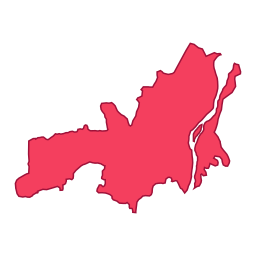 outline of Markz Maghagha, Al Minya, Egypt
{"feature_id": "37247803B21152276423955", "entity_name": "Markz Maghagha", "entity_type": "district", "adm_level": 2, "iso_a3": "EGY", "parent_name": "Egypt", "parent_adm1": "Al Minya", "projection": "orthographic", "projection_center": [30.801, 28.641], "detail": "fine", "context": "isolated", "style": "filled", "palette": "rose", "viewbox_px": 256, "rotation_deg": 0, "n_neighbors": 0, "source": "geoboundaries", "source_scale": "gbopen_adm2", "svg_char_len": 5893}
<svg xmlns="http://www.w3.org/2000/svg" viewBox="0 0 256 256"><path d="M190.3,43.4L186.1,50.4L174.2,72.4L172.4,73.6L171.1,73.8L169.5,74.2L168.2,74.4L165.7,73.8L164.6,73.5L163.3,73.1L162.2,71.8L160.4,70.6L158.1,71.6L157.1,71.9L157.1,75.0L157.6,77.5L156.0,81.5L154.3,84.1L152.7,87.1L151.0,87.1L150.3,87.1L149.1,87.0L148.4,86.9L143.3,86.9L142.3,88.2L141.1,89.6L142.5,90.8L141.9,96.0L139.2,97.4L137.8,97.9L136.7,99.6L137.7,100.5L139.3,102.8L139.0,104.7L138.6,107.3L136.6,111.7L135.8,116.0L132.9,120.8L132.1,123.8L131.7,125.1L130.9,125.6L130.5,126.0L129.2,125.2L128.2,122.6L128.0,121.8L127.2,118.9L126.0,117.9L124.1,116.1L121.9,115.0L121.4,114.8L118.7,112.4L117.3,110.8L115.8,107.4L115.3,106.2L115.0,105.7L114.7,105.4L113.8,104.4L112.9,103.6L111.6,102.6L111.0,102.8L109.0,103.2L106.4,102.9L105.3,103.0L101.7,103.4L100.6,106.0L101.1,109.4L102.2,111.3L104.6,114.3L105.0,117.1L105.9,118.4L106.4,119.3L106.4,122.3L106.9,124.9L107.4,127.9L107.9,129.6L107.5,130.0L107.1,130.5L105.7,130.8L104.5,130.9L102.8,131.0L102.5,131.0L101.9,131.0L100.2,130.7L99.8,130.6L99.4,130.7L98.1,131.0L96.8,130.9L95.5,130.7L94.7,130.7L90.8,130.8L89.7,130.5L87.9,129.0L87.7,127.0L86.8,125.3L85.4,125.0L84.3,125.8L83.5,128.4L82.3,129.3L80.1,128.9L77.9,129.4L77.9,129.9L77.1,131.6L76.3,131.9L74.6,132.1L72.4,131.3L69.9,131.7L68.2,132.6L67.4,132.7L66.0,132.7L63.5,133.6L60.9,134.1L59.2,133.7L57.1,134.2L55.4,133.8L53.3,136.0L51.2,137.4L49.5,138.7L48.2,139.6L47.4,139.6L46.1,139.2L45.2,138.4L43.5,137.1L41.8,137.1L39.6,137.6L37.9,137.7L35.7,139.1L35.4,138.5L33.2,138.6L28.8,141.0L28.6,154.1L29.1,161.3L28.1,163.9L29.1,166.5L28.7,173.4L26.9,173.8L24.7,174.9L18.8,178.3L16.7,180.2L15.4,183.4L15.8,188.2L17.1,193.7L18.9,196.3L22.8,197.0L25.4,196.5L27.6,197.1L29.8,197.2L32.5,195.7L33.1,194.6L34.6,193.9L36.6,192.5L37.0,193.0L37.9,192.6L38.0,191.6L37.8,191.2L42.9,189.3L43.9,189.4L46.7,189.6L51.5,188.2L53.8,187.5L57.4,186.4L59.6,187.6L60.0,188.5L60.1,190.3L61.9,190.2L62.6,190.1L63.0,188.8L62.9,185.0L64.2,184.5L65.5,183.6L66.3,181.0L66.2,179.3L69.6,178.8L71.8,179.6L73.1,178.3L73.4,176.1L73.4,173.5L75.9,170.4L80.9,166.0L83.0,164.7L84.7,164.2L86.8,163.3L89.8,161.9L92.4,162.7L95.0,163.1L98.0,163.0L99.2,163.4L101.0,163.8L101.4,164.1L103.1,165.1L104.4,165.9L104.9,165.9L104.5,168.9L102.4,171.1L102.5,175.4L101.7,177.2L101.7,178.5L103.9,179.7L105.2,179.7L105.3,183.6L104.5,185.7L103.2,186.6L102.8,186.6L101.0,184.9L99.3,185.0L98.5,186.7L97.3,188.9L96.9,191.1L98.6,192.8L102.0,192.7L105.5,193.0L108.1,193.8L110.2,194.7L112.0,196.3L112.0,198.1L113.3,199.8L116.8,201.0L119.4,203.1L123.2,203.4L125.8,203.4L127.1,202.5L129.3,204.6L129.3,207.2L129.8,208.4L131.9,208.4L132.3,208.8L132.8,211.4L132.8,212.3L135.8,212.6L135.8,211.3L136.2,207.9L136.5,205.7L136.9,202.2L138.6,199.6L141.1,197.8L142.7,196.1L145.3,195.6L149.6,195.9L151.3,194.6L152.1,192.4L152.4,188.5L153.2,185.9L155.7,183.7L158.7,183.2L161.3,183.1L163.0,183.5L164.3,183.1L165.1,183.0L165.9,179.1L166.8,178.4L168.0,177.4L169.7,177.3L171.4,178.2L171.9,179.9L171.9,180.3L171.5,181.2L172.4,181.6L175.8,180.6L177.0,181.0L178.4,183.6L179.7,186.6L180.6,188.3L182.0,189.0L184.7,193.0L185.8,191.7L187.1,190.1L187.9,187.9L188.3,186.2L189.9,182.9L190.7,180.2L191.5,176.7L191.4,174.5L191.9,169.9L192.3,167.3L192.7,162.8L192.5,158.9L192.1,156.0L191.9,153.3L191.7,150.1L190.8,149.5L190.0,148.6L189.4,146.9L188.7,144.6L188.3,142.9L188.8,140.0L188.9,138.3L188.9,136.3L190.0,132.9L190.6,131.0L192.6,129.7L195.6,126.6L198.7,122.6L201.6,120.2L206.7,114.3L210.4,111.1L212.7,108.8L213.3,107.8L213.5,105.8L213.6,103.1L214.2,99.5L215.0,98.0L216.1,95.2L217.1,91.5L217.7,88.6L217.8,86.1L217.6,81.5L217.2,78.1L215.7,73.8L214.7,70.1L214.1,68.4L213.7,65.7L213.7,63.0L214.0,61.0L215.6,58.7L217.4,56.5L219.4,55.1L220.9,54.7L220.2,53.6L219.5,53.6L216.9,53.8L214.4,52.7L206.3,56.2L206.1,56.3L202.4,49.0L198.4,47.8L194.1,44.4L190.3,43.4ZM199.3,185.9L201.0,182.6L201.4,180.5L200.9,177.5L200.8,174.5L201.7,174.0L203.4,175.7L206.4,175.2L205.9,172.2L204.2,169.6L204.5,167.5L206.3,168.3L208.4,168.2L209.2,166.5L210.0,163.5L212.6,164.7L215.2,165.9L217.7,165.0L218.1,162.8L217.7,161.1L217.2,160.3L213.7,158.2L215.0,156.0L217.1,156.4L219.7,156.8L221.9,159.3L222.4,162.3L223.3,164.9L225.5,166.1L227.6,166.1L229.2,163.0L229.6,160.9L228.2,157.0L226.9,154.4L225.2,152.3L223.4,150.2L221.2,147.2L220.2,142.5L220.2,141.7L218.9,139.1L218.0,137.0L214.2,132.2L215.4,129.8L216.4,126.9L217.4,123.4L218.1,119.1L219.9,113.5L221.4,109.8L222.0,104.7L222.9,99.4L223.4,98.8L232.1,92.4L235.6,86.4L235.2,82.8L234.7,79.0L235.1,76.3L240.4,73.8L240.6,71.8L238.6,64.8L236.7,64.3L236.3,64.3L235.6,64.0L234.5,63.3L234.4,63.4L233.9,64.5L233.6,65.5L233.4,67.5L232.9,69.6L231.8,70.9L231.1,71.9L230.2,72.6L229.1,73.5L228.6,74.2L228.6,76.2L228.5,77.3L227.9,79.0L227.1,80.8L226.9,82.3L226.4,84.7L226.0,85.5L224.4,87.1L222.9,89.1L222.5,90.7L220.1,95.3L219.7,97.2L219.5,98.9L219.4,99.3L218.0,100.9L217.8,102.4L217.8,104.5L217.8,104.8L217.8,105.5L217.7,106.1L217.5,107.3L216.5,108.9L216.4,109.7L216.4,110.5L216.3,112.3L215.0,114.7L215.0,114.8L213.8,115.9L213.7,115.9L211.1,118.9L209.0,120.6L206.6,121.5L205.1,122.8L203.9,125.2L203.6,127.7L203.8,128.8L203.7,129.9L203.1,131.1L201.9,132.9L200.6,134.1L199.2,136.3L198.0,139.0L196.7,142.8L195.7,144.6L194.9,148.2L194.9,150.4L196.1,153.0L196.4,154.9L197.6,156.6L197.6,160.6L197.1,161.9L196.9,164.8L196.5,166.0L196.6,167.5L196.4,169.9L195.8,172.4L195.4,173.8L195.0,175.1L194.7,175.9L194.6,177.3L194.7,178.0L195.3,179.4L195.5,181.0L195.4,182.0L194.7,183.4L194.8,187.2L194.3,188.2L196.8,186.6L199.3,185.9ZM193.4,141.1L194.3,141.5L194.3,140.6L194.5,139.3L195.1,138.2L195.9,136.6L197.2,135.5L197.4,134.8L199.1,133.1L199.7,132.1L200.5,130.9L201.0,129.8L201.1,128.4L201.7,126.5L201.9,125.4L201.9,124.5L201.4,124.7L200.3,125.3L199.2,126.1L198.9,126.8L197.1,128.6L197.0,129.1L196.7,129.5L195.5,130.4L195.1,131.2L194.4,132.1L193.4,134.1L193.4,134.4L193.4,141.1Z" fill="#f43f5e" stroke="#9f1239" stroke-width="1.5"/></svg>